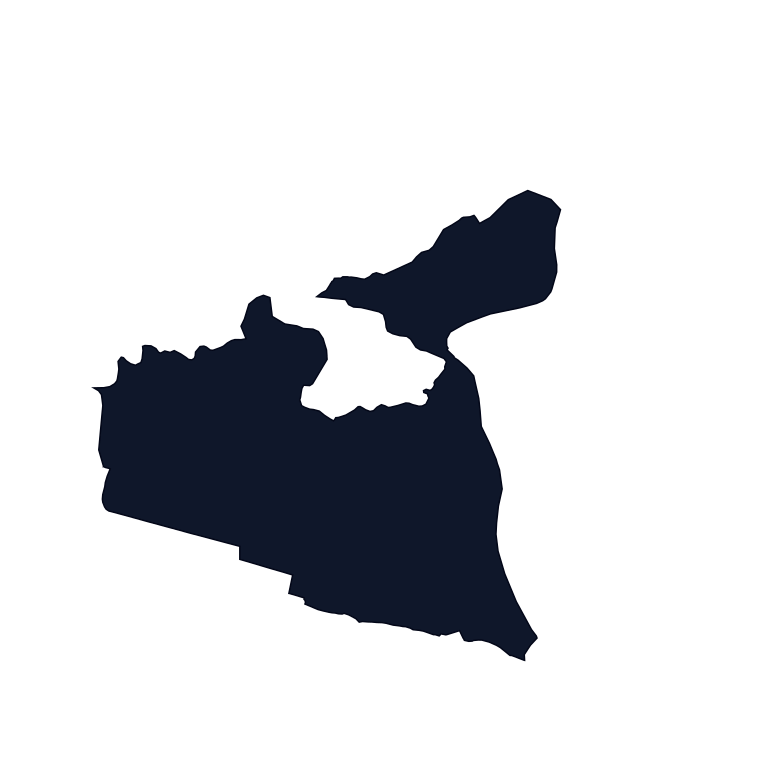 Bangui, Bangui, Central African Republic (Natural Earth projection), rotated 298°
{"feature_id": "33826404B58165985423079", "entity_name": "Bangui", "entity_type": "district", "adm_level": 2, "iso_a3": "CAF", "parent_name": "Central African Republic", "parent_adm1": "Bangui", "projection": "natural_earth1", "projection_center": [18.572, 4.378], "detail": "fine", "context": "isolated", "style": "filled", "palette": "ink", "viewbox_px": 768, "rotation_deg": 298, "n_neighbors": 0, "source": "geoboundaries", "source_scale": "gbopen_adm2", "svg_char_len": 4707}
<svg xmlns="http://www.w3.org/2000/svg" viewBox="0 0 768 768"><g transform="rotate(298 384 384)"><path d="M573.8,478.0L583.6,470.8L602.2,461.8L608.4,460.7L620.8,458.0L625.3,444.8L622.3,420.1L605.1,407.2L580.7,399.6L575.4,396.1L570.6,393.0L574.0,386.9L574.6,385.6L575.1,384.3L571.9,381.4L568.4,375.8L567.2,374.9L567.0,374.7L563.8,373.6L556.4,369.4L548.3,364.1L528.4,363.0L523.3,361.1L522.7,360.5L517.8,355.4L511.6,353.1L504.9,351.7L481.1,333.4L480.1,332.7L478.6,325.0L475.8,322.3L472.2,321.1L470.2,319.7L467.4,317.7L466.1,314.4L465.0,310.2L462.9,304.6L462.2,303.6L461.4,301.2L460.4,299.4L459.3,297.3L457.1,296.2L456.0,294.0L454.0,290.6L452.7,290.7L451.0,290.6L450.0,289.9L448.6,289.9L447.6,289.7L445.8,289.7L439.5,289.2L435.3,286.3L429.6,283.7L430.5,286.1L432.6,290.8L435.2,297.7L439.1,307.0L440.5,310.3L440.0,311.4L437.5,315.5L437.7,321.0L440.8,327.9L445.4,345.7L445.2,350.8L439.8,356.1L435.1,359.3L432.5,362.3L432.5,368.2L434.1,375.2L436.8,381.8L436.1,386.5L431.5,394.9L431.2,400.2L433.1,406.0L433.4,410.5L434.7,425.0L432.9,428.7L427.8,429.5L425.7,430.8L419.3,429.6L415.8,429.1L414.8,428.8L411.6,427.6L408.6,427.6L407.0,429.1L404.4,429.2L401.8,428.8L400.0,427.7L399.1,423.7L396.7,422.0L395.2,423.1L395.7,427.0L394.0,428.5L392.7,430.3L385.9,430.5L382.5,428.1L380.7,425.2L379.9,421.7L379.2,419.1L378.8,415.2L377.5,412.2L371.6,406.4L366.3,400.4L365.2,398.6L365.2,395.2L364.5,391.4L360.1,388.7L355.5,387.3L353.2,384.5L352.6,379.9L352.8,376.9L352.9,373.5L351.8,371.8L347.2,370.2L339.3,365.3L338.9,365.1L335.6,362.0L333.0,359.4L331.6,357.2L328.9,357.1L327.8,356.7L327.8,353.1L328.4,346.2L329.4,341.1L329.7,339.6L328.3,333.7L326.9,330.2L326.2,325.0L326.2,321.4L330.4,317.1L333.1,316.5L337.7,314.8L341.5,313.6L344.4,313.6L345.2,313.6L347.7,319.1L350.7,320.8L379.0,322.2L381.9,320.4L382.0,320.4L387.0,317.3L392.1,312.2L395.5,308.9L399.5,301.5L399.1,295.6L395.1,286.7L394.8,283.4L394.4,279.7L393.7,277.8L390.5,268.5L390.4,268.2L390.5,268.2L390.5,266.1L390.6,265.8L390.9,259.3L391.2,253.6L406.7,242.7L405.7,235.9L400.3,231.2L391.1,227.3L375.7,230.3L367.9,230.6L359.2,241.0L356.1,237.1L353.2,231.5L350.6,228.9L346.6,226.4L342.0,224.5L339.5,222.6L333.5,217.2L332.4,214.8L333.2,209.7L332.9,207.2L330.7,204.0L323.7,202.6L320.0,204.2L317.4,204.4L315.0,202.9L313.9,199.8L314.5,196.7L315.1,190.4L315.0,183.1L311.5,180.3L310.2,174.9L306.4,172.3L306.2,170.0L308.2,166.0L308.3,160.4L305.7,154.8L303.9,153.2L303.0,153.8L300.4,155.5L292.7,158.6L288.8,159.3L285.8,157.0L283.9,155.8L282.9,150.7L283.5,145.4L284.9,141.6L284.4,139.5L284.3,139.4L279.1,138.6L272.7,142.9L269.3,144.2L263.4,146.2L261.2,146.7L257.7,146.0L253.0,143.2L252.9,143.1L249.2,138.4L245.8,132.3L244.3,129.6L244.1,135.1L242.0,139.5L238.5,142.0L233.1,145.8L229.1,147.5L228.3,147.8L191.9,163.1L179.5,175.1L179.3,175.1L179.4,175.3L179.5,177.2L180.3,180.3L180.5,182.1L179.6,182.2L172.6,182.9L166.2,184.2L162.2,185.7L157.2,186.9L154.3,187.6L150.1,189.4L147.6,191.2L145.1,194.1L144.4,194.9L143.0,197.5L142.7,200.8L142.9,201.6L143.2,202.6L146.3,216.1L152.2,242.6L157.3,264.9L161.4,283.2L167.7,310.1L169.7,318.8L173.0,332.9L164.9,337.2L161.5,339.0L162.7,344.8L167.0,366.0L168.5,373.4L170.5,382.8L172.5,393.0L160.0,396.7L154.5,398.3L154.6,398.5L157.7,413.9L156.3,414.5L155.9,415.8L155.0,416.6L154.8,416.9L154.6,417.1L152.6,417.5L153.9,431.7L155.1,436.8L156.7,442.7L157.6,445.5L158.9,448.5L159.7,451.6L161.3,455.1L162.8,456.4L163.6,461.1L163.6,469.4L162.1,473.9L164.2,476.5L166.6,481.9L168.2,485.1L170.1,489.6L172.2,493.9L172.5,494.6L173.8,498.3L174.2,500.1L174.8,502.6L175.4,505.2L177.6,510.9L178.4,513.4L178.7,514.5L179.1,515.3L179.9,517.1L180.8,521.9L180.7,525.0L183.0,530.6L184.3,534.7L185.1,539.8L185.6,543.2L185.9,545.3L186.3,546.1L186.7,546.8L187.0,548.3L187.5,551.0L188.9,551.4L190.3,551.6L190.4,552.6L191.0,554.4L191.3,555.5L191.6,556.4L192.3,557.2L194.9,559.8L201.7,566.5L196.7,573.3L196.2,574.3L195.4,575.3L196.6,579.7L198.5,582.7L199.5,583.3L202.2,587.4L203.8,590.5L205.5,597.9L206.1,605.9L205.9,610.5L203.5,622.6L204.3,624.4L205.9,637.6L206.0,637.9L210.9,634.9L216.8,635.4L222.2,635.9L231.5,638.4L233.0,636.8L236.4,629.5L253.9,603.0L273.1,579.7L289.9,563.2L303.9,553.4L314.2,548.6L330.0,542.3L346.8,537.6L362.4,526.3L366.8,521.5L370.2,518.3L374.0,513.6L381.0,505.1L392.2,489.8L405.6,481.3L415.8,474.4L429.0,463.0L433.3,459.4L436.8,450.5L437.1,449.7L439.5,439.5L439.8,438.3L440.2,433.6L441.1,432.9L443.7,423.7L445.7,423.7L447.0,421.6L450.6,419.5L453.5,418.0L461.0,418.1L467.9,422.4L477.2,428.4L477.9,429.1L489.4,439.2L496.0,445.2L496.4,445.7L496.8,446.2L515.1,468.2L526.8,480.9L532.0,485.0L535.0,486.5L543.6,488.0L546.9,487.6L551.0,486.7L563.9,483.9L569.8,480.8L570.1,480.7L570.4,480.5L573.8,478.0Z" fill="#0f172a" stroke="#020617" stroke-width="1.5"/></g></svg>